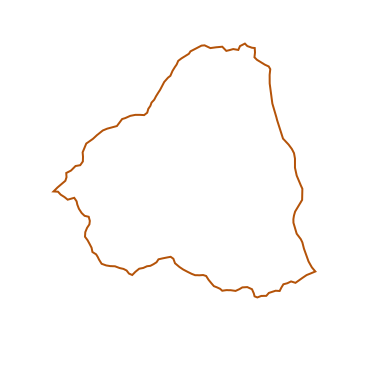 outline of Juarina, Tocantins, Brazil, rotated 154°
{"feature_id": "56859067B90151409267562", "entity_name": "Juarina", "entity_type": "district", "adm_level": 2, "iso_a3": "BRA", "parent_name": "Brazil", "parent_adm1": "Tocantins", "projection": "mercator", "projection_center": [-49.096, -8.132], "detail": "fine", "context": "isolated", "style": "outline", "palette": "amber", "viewbox_px": 384, "rotation_deg": 154, "n_neighbors": 0, "source": "geoboundaries", "source_scale": "gbopen_adm2", "svg_char_len": 2189}
<svg xmlns="http://www.w3.org/2000/svg" viewBox="0 0 384 384"><g transform="rotate(154 192 192)"><path d="M67.8,268.1L68.0,271.2L70.7,274.5L75.7,282.4L76.8,285.7L74.2,289.8L72.5,293.9L74.9,295.4L78.3,298.9L79.4,302.2L84.9,302.1L88.1,299.4L92.3,302.4L96.2,303.1L99.3,303.8L101.1,309.3L106.9,311.5L112.4,313.3L116.4,318.3L119.3,319.4L131.7,319.1L134.2,317.6L142.9,316.7L146.9,315.9L149.9,313.3L152.6,311.8L156.4,309.4L160.5,305.9L163.4,305.3L168.7,303.1L175.9,297.8L178.9,296.0L182.4,293.8L185.5,291.5L189.2,290.1L191.6,287.7L194.8,285.9L197.5,282.9L201.3,282.1L204.7,284.0L209.2,286.2L214.1,287.5L219.7,287.7L222.8,288.2L226.1,286.5L230.6,284.2L240.4,286.1L245.2,286.4L252.4,284.8L257.7,283.2L265.8,281.9L272.9,275.6L274.5,271.5L276.7,267.3L280.7,265.1L285.3,266.4L291.4,264.3L296.7,264.2L298.3,260.3L300.9,257.6L311.0,255.0L316.2,253.2L312.3,251.0L311.2,247.2L308.8,243.3L307.1,239.6L303.2,238.9L300.4,238.4L299.8,234.2L300.6,231.0L301.0,226.5L300.4,221.5L299.0,217.7L295.7,215.0L296.5,210.8L298.4,207.9L302.0,205.8L305.5,202.7L307.8,198.7L307.0,194.5L306.8,190.0L306.7,185.9L307.8,181.7L305.5,178.0L305.2,175.0L305.2,172.0L304.7,167.1L301.3,163.6L297.9,161.2L293.8,159.0L290.4,155.4L287.3,152.9L285.2,150.1L284.4,146.3L282.1,143.6L277.8,145.1L273.1,146.2L269.1,145.1L265.0,145.0L261.8,143.9L258.2,144.0L254.7,144.4L251.6,146.2L247.4,145.2L242.8,144.0L239.6,143.1L238.0,140.2L238.5,135.4L236.1,130.0L233.9,126.2L230.9,122.1L228.2,118.6L225.7,115.9L221.6,113.8L218.4,112.5L216.1,110.3L215.6,105.8L214.6,101.6L213.6,97.8L211.4,95.4L209.2,92.7L208.1,90.0L204.3,88.8L200.3,86.8L196.2,84.0L191.9,83.9L188.6,84.2L184.0,82.3L180.7,78.3L180.9,73.7L181.5,70.8L179.5,68.6L175.3,68.2L170.7,66.1L167.2,67.6L163.6,67.1L160.1,66.6L156.6,64.6L153.6,66.9L150.3,69.0L146.3,68.2L142.2,68.2L138.8,65.0L135.1,65.6L130.3,66.4L125.4,67.1L121.4,66.8L116.0,66.5L117.3,71.7L117.7,78.5L116.2,92.1L114.9,98.3L114.9,102.0L116.2,108.6L114.3,119.9L112.8,123.1L110.7,126.1L107.9,129.2L96.5,136.6L91.4,146.5L91.3,150.3L90.7,160.9L88.8,168.7L84.8,176.9L83.3,182.2L83.4,186.9L84.4,192.3L86.8,200.1L84.0,219.3L83.4,222.2L81.0,236.3L74.6,255.5L70.9,263.2L67.8,268.1Z" fill="none" stroke="#b45309" stroke-width="2"/></g></svg>